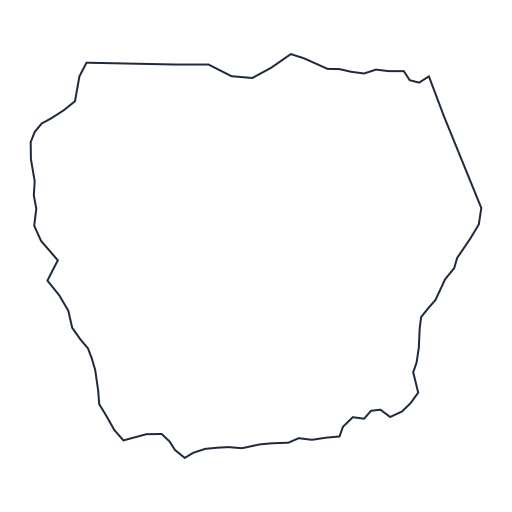 the district of Canoas, Rio Grande do Sul, Brazil
{"feature_id": "56859067B11854924468229", "entity_name": "Canoas", "entity_type": "district", "adm_level": 2, "iso_a3": "BRA", "parent_name": "Brazil", "parent_adm1": "Rio Grande do Sul", "projection": "mercator", "projection_center": [-51.18, -29.916], "detail": "fine", "context": "isolated", "style": "outline", "palette": "slate", "viewbox_px": 512, "rotation_deg": 0, "n_neighbors": 0, "source": "geoboundaries", "source_scale": "gbopen_adm2", "svg_char_len": 1114}
<svg xmlns="http://www.w3.org/2000/svg" viewBox="0 0 512 512"><path d="M428.9,76.4L419.1,82.6L409.7,80.2L403.8,71.1L388.3,71.1L376.0,69.6L364.1,73.5L351.2,71.8L339.5,69.1L327.6,68.9L303.9,58.3L290.8,54.1L271.1,67.8L252.3,78.0L231.5,76.2L208.5,64.5L174.0,64.5L86.5,62.7L79.4,76.4L75.0,101.2L63.7,110.3L51.4,118.2L41.7,123.5L34.7,131.9L30.7,142.1L30.9,159.1L34.7,181.3L33.8,195.6L36.3,208.5L34.2,225.7L41.1,241.0L57.8,260.3L47.4,280.6L59.3,295.4L68.3,310.7L72.2,327.8L80.6,339.7L87.9,348.3L91.7,358.1L95.2,370.0L98.2,390.8L99.2,404.1L105.7,414.8L114.3,430.0L123.4,440.4L146.4,434.2L161.7,434.0L169.6,441.5L175.0,450.0L184.7,457.9L193.2,452.8L205.1,448.9L217.4,447.7L228.1,447.1L242.1,448.2L259.7,444.4L271.6,443.3L288.3,442.7L298.7,438.2L311.9,439.8L326.7,437.6L339.5,436.5L343.0,426.7L352.8,417.2L364.1,418.7L371.0,410.8L380.4,409.7L390.2,417.0L402.1,411.4L410.7,403.0L418.2,392.6L413.2,372.3L416.6,362.5L418.8,347.7L419.7,328.4L421.1,317.1L428.9,307.4L435.4,300.1L445.2,279.1L454.2,268.2L457.1,258.0L470.3,238.6L478.8,224.4L481.3,208.0L443.9,116.2L428.9,76.4Z" fill="none" stroke="#1e293b" stroke-width="2"/></svg>